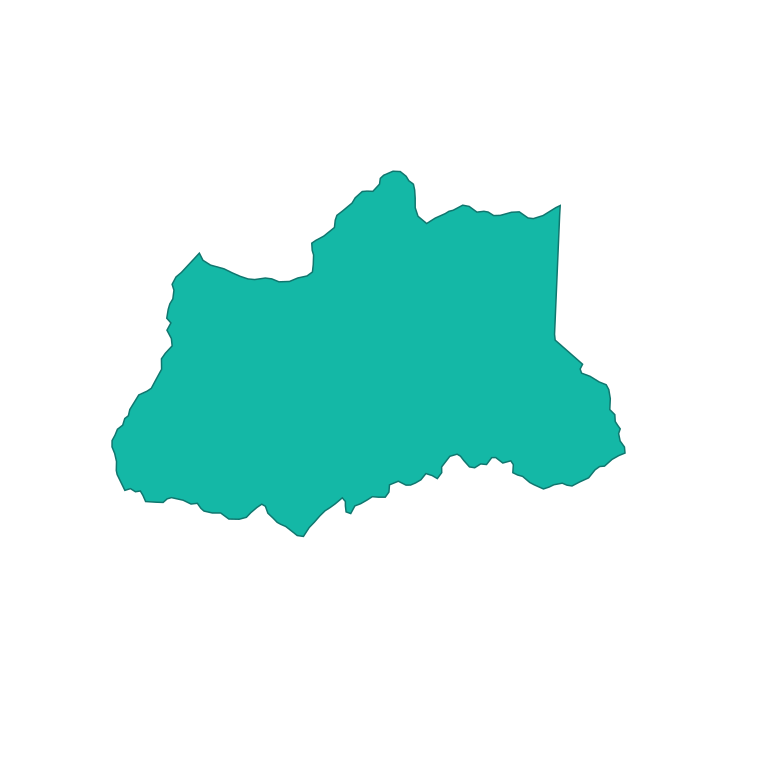 Urutaí, Goiás, Brazil, rotated 221°
{"feature_id": "56859067B7648793924799", "entity_name": "Urutaí", "entity_type": "district", "adm_level": 2, "iso_a3": "BRA", "parent_name": "Brazil", "parent_adm1": "Goiás", "projection": "robinson", "projection_center": [-48.198, -17.435], "detail": "fine", "context": "isolated", "style": "filled", "palette": "teal", "viewbox_px": 768, "rotation_deg": 221, "n_neighbors": 0, "source": "geoboundaries", "source_scale": "gbopen_adm2", "svg_char_len": 2667}
<svg xmlns="http://www.w3.org/2000/svg" viewBox="0 0 768 768"><g transform="rotate(221 384 384)"><path d="M509.8,133.7L506.7,138.7L500.9,139.6L497.7,143.4L492.9,141.8L486.8,138.9L478.3,145.4L473.0,149.7L472.3,155.1L469.9,158.8L459.4,164.5L450.9,166.8L446.6,171.5L440.5,170.0L436.5,170.0L429.0,174.0L422.7,179.5L412.5,180.3L404.6,186.9L400.4,193.1L400.1,199.5L398.9,207.5L397.4,213.1L393.3,213.9L386.9,210.3L379.8,210.0L373.9,209.5L370.1,210.3L364.7,212.0L357.0,212.4L350.1,212.7L344.8,216.1L346.3,226.7L345.9,234.0L345.9,242.5L345.3,249.7L343.6,255.5L342.2,261.6L340.8,270.7L336.1,270.0L333.1,266.6L328.7,262.6L324.1,264.4L326.0,272.9L323.1,278.3L320.7,285.2L318.9,291.3L314.0,294.9L308.8,299.4L309.4,305.7L313.7,311.5L309.4,320.0L301.1,322.1L297.7,325.1L295.3,330.0L293.3,335.9L293.6,343.9L287.6,346.5L281.7,347.6L282.3,355.0L286.1,359.2L286.9,372.6L282.8,379.0L278.9,379.7L273.6,378.6L265.1,377.5L260.6,380.3L258.6,387.1L253.8,390.5L254.4,399.1L251.4,401.8L242.5,402.3L237.9,409.2L233.5,408.0L228.6,401.6L223.4,403.0L218.8,405.2L209.4,405.3L204.7,406.4L194.8,409.4L191.8,414.5L189.7,419.4L184.4,426.1L179.5,427.7L175.2,430.4L172.0,438.6L168.0,447.4L168.4,457.7L167.1,463.2L163.7,466.7L162.4,476.8L159.8,484.1L156.8,490.0L161.2,494.2L168.4,495.9L174.4,500.5L176.3,505.1L180.8,506.2L184.9,507.4L189.7,512.3L196.8,512.8L203.6,521.4L210.6,527.2L215.8,529.2L223.0,526.7L233.5,525.0L242.0,521.8L245.8,524.0L247.1,529.2L283.6,529.4L287.9,533.4L362.4,626.9L368.1,634.3L370.0,629.9L374.5,615.4L379.8,606.8L384.2,603.8L394.8,602.7L400.4,597.3L406.9,587.5L411.7,583.1L418.2,582.1L421.9,579.9L426.6,574.7L436.2,573.9L441.9,570.6L445.8,560.5L448.3,556.9L449.6,552.7L454.2,542.8L457.1,533.1L468.4,532.9L476.1,537.5L482.3,544.6L488.1,550.5L492.9,554.1L498.7,553.7L503.6,555.3L511.1,555.0L516.8,550.5L521.2,541.4L521.7,536.8L518.5,531.9L518.8,522.1L523.4,518.4L526.7,515.0L527.9,505.7L526.8,499.6L528.8,487.3L530.2,480.4L528.3,475.7L524.1,469.6L526.5,456.0L529.7,447.6L530.9,442.9L525.8,437.7L521.8,435.2L515.8,427.8L511.5,421.6L513.0,415.0L518.6,407.5L522.6,399.4L525.6,396.6L530.3,392.2L537.7,389.7L543.1,386.1L550.1,378.0L555.5,374.1L563.2,370.9L571.5,368.3L580.2,366.0L593.0,359.9L601.8,358.6L609.2,361.6L610.1,335.2L611.2,328.3L609.3,320.2L604.1,317.0L599.2,309.7L598.2,304.0L595.8,298.7L591.1,291.1L584.9,290.3L583.1,282.2L574.3,278.8L568.9,273.8L569.2,263.8L568.5,257.0L561.5,249.2L560.0,242.3L558.5,235.5L556.8,228.1L558.1,223.2L561.9,214.9L559.1,198.0L556.1,192.3L557.0,187.9L554.2,181.5L555.5,175.0L553.4,168.8L552.1,162.9L548.0,158.1L541.7,154.9L535.0,150.0L529.3,143.1L526.0,140.6L513.5,135.3L509.8,133.7Z" fill="#14b8a6" stroke="#0f766e" stroke-width="1.5"/></g></svg>